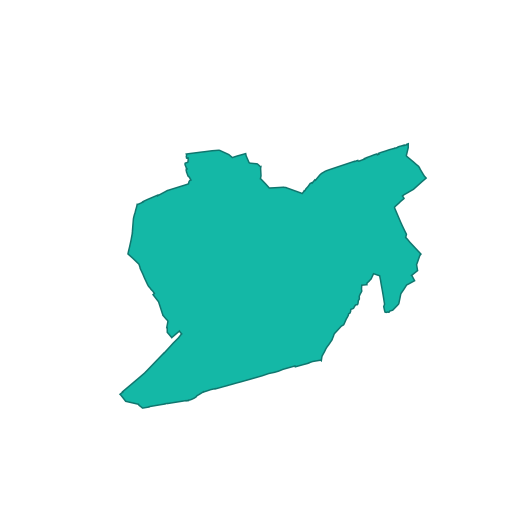 Glūdas pag., Jelgava, Latvia (Albers equal-area conic projection), rotated 148°
{"feature_id": "27541924B80569241121500", "entity_name": "Glūdas pag.", "entity_type": "district", "adm_level": 2, "iso_a3": "LVA", "parent_name": "Latvia", "parent_adm1": "Jelgava", "projection": "albers", "projection_center": [23.526, 56.61], "detail": "fine", "context": "isolated", "style": "filled", "palette": "teal", "viewbox_px": 512, "rotation_deg": 148, "n_neighbors": 0, "source": "geoboundaries", "source_scale": "gbopen_adm2", "svg_char_len": 5843}
<svg xmlns="http://www.w3.org/2000/svg" viewBox="0 0 512 512"><g transform="rotate(148 256 256)"><path d="M178.3,286.4L179.1,285.9L180.3,285.4L180.6,285.8L181.1,285.4L183.7,284.5L184.1,284.9L184.5,285.6L187.0,288.8L188.6,290.8L193.7,297.3L194.4,298.3L195.0,298.7L196.1,299.6L196.3,299.7L196.3,299.8L196.5,299.9L204.4,304.2L208.7,306.6L209.6,311.8L211.1,319.0L211.3,319.2L209.3,321.3L205.7,327.8L204.7,329.0L204.8,329.0L205.8,332.5L206.1,333.4L206.5,333.8L208.6,335.4L212.0,338.0L212.2,338.4L212.4,338.9L211.3,346.2L210.5,348.3L219.0,350.8L223.9,352.0L225.3,356.4L230.9,364.9L231.7,365.5L237.4,368.5L244.8,371.9L246.7,372.8L257.5,377.8L261.1,379.4L261.3,378.4L262.4,377.3L263.0,375.8L262.6,375.4L262.0,375.5L261.6,375.3L261.9,374.5L262.8,373.2L263.9,371.8L264.4,371.7L264.8,371.7L265.5,371.9L265.6,372.0L266.6,372.2L267.0,372.2L267.8,371.0L268.2,368.5L268.3,368.1L268.6,367.5L268.6,367.2L268.3,367.0L268.2,366.6L268.3,366.4L268.5,366.2L269.0,366.4L269.4,366.3L269.7,365.9L269.9,365.4L270.2,364.5L270.5,363.8L270.6,362.9L270.8,362.2L270.9,361.6L271.1,360.7L271.2,360.2L271.3,359.9L271.2,359.7L271.1,359.1L270.8,358.4L270.8,357.2L270.9,356.4L270.8,355.8L270.9,355.1L271.0,354.8L272.2,355.1L272.7,354.9L273.6,354.4L274.4,353.6L275.0,353.0L277.1,353.4L282.8,354.9L296.2,358.4L296.3,358.5L298.2,358.6L298.7,358.6L307.4,359.2L307.1,359.7L317.9,361.4L322.7,362.0L323.2,362.0L323.1,361.6L323.5,361.6L323.8,361.7L325.8,361.9L328.3,362.3L328.8,362.5L329.1,362.6L329.4,362.8L329.8,362.3L332.0,360.2L333.5,358.9L335.8,356.6L337.0,355.7L338.9,353.9L339.7,353.1L340.4,352.3L343.9,347.6L346.8,343.7L346.7,343.7L348.3,341.6L348.4,341.4L348.5,341.2L348.6,341.3L348.7,341.2L349.3,340.2L349.6,339.9L349.6,340.0L353.9,335.3L358.7,330.4L361.2,328.0L363.5,325.6L361.8,319.8L359.6,311.0L360.6,307.1L360.8,306.9L361.5,300.9L362.3,296.0L362.4,295.0L363.1,289.2L363.2,287.2L362.8,285.1L362.7,283.2L362.1,280.6L362.1,279.9L362.0,278.1L363.8,277.8L362.9,268.8L364.2,263.6L365.2,259.6L365.9,256.9L365.9,256.6L366.4,254.9L366.3,254.7L365.6,250.0L365.2,248.2L365.3,247.3L367.1,245.3L369.7,242.5L369.6,242.4L369.3,242.5L369.3,242.2L371.7,238.3L371.2,235.1L370.7,231.4L370.4,231.5L361.7,232.8L360.7,233.0L360.7,231.9L360.5,230.4L360.3,229.3L360.9,229.2L365.3,227.6L372.3,226.0L378.0,224.4L385.6,222.3L385.6,222.5L394.8,220.2L410.3,216.3L410.9,216.2L412.3,215.8L418.2,214.9L427.9,213.5L441.1,211.6L441.0,211.2L444.6,210.8L444.3,209.5L443.5,201.8L443.2,201.5L434.2,192.5L434.2,192.4L434.3,191.7L434.3,191.4L433.8,190.0L433.7,189.9L433.6,189.6L433.1,188.0L433.1,187.9L432.7,187.3L432.7,187.1L426.7,184.6L426.5,184.9L419.2,181.9L411.5,178.7L411.4,178.9L409.3,178.0L409.3,177.8L400.8,174.2L396.8,172.5L392.0,170.5L392.1,170.2L390.0,169.2L389.8,169.6L388.7,169.1L387.8,168.8L386.2,168.5L383.5,168.2L381.3,168.3L380.5,168.7L379.8,168.8L377.4,168.7L372.5,168.7L372.6,168.4L371.5,168.2L369.2,167.6L365.3,166.7L361.0,165.2L361.1,164.9L340.0,158.7L335.5,157.3L314.4,151.2L312.7,150.8L307.5,149.6L301.8,147.5L297.9,146.4L293.2,145.6L281.2,142.1L281.4,141.2L267.9,137.2L267.8,137.4L264.2,136.6L262.6,136.0L256.4,133.4L256.1,132.6L255.5,133.3L253.9,135.2L253.0,136.1L251.1,137.2L248.7,138.5L245.7,140.4L243.8,141.3L241.2,142.3L239.8,142.9L239.3,143.1L238.9,143.3L237.6,143.9L236.7,144.2L235.4,145.0L235.0,145.4L233.3,146.6L232.5,147.2L231.7,148.0L231.0,148.4L230.2,148.7L229.4,149.0L228.8,149.1L221.2,151.2L220.8,151.3L218.5,151.2L218.2,151.2L217.6,151.5L217.0,151.9L216.4,152.3L212.1,155.2L211.6,155.3L210.6,155.9L209.1,156.8L208.4,157.7L208.0,157.9L206.8,157.8L206.4,157.9L204.9,159.1L204.4,160.0L204.0,160.4L203.6,160.5L202.6,160.2L201.3,160.0L200.5,160.2L199.8,160.7L198.3,161.4L197.6,161.7L197.0,161.6L195.9,161.0L195.3,161.2L194.4,162.0L192.9,163.9L191.2,164.7L190.4,166.0L190.0,166.8L189.6,167.3L189.1,167.6L188.0,168.4L185.3,169.9L184.9,170.2L184.7,170.6L184.4,171.3L183.9,172.3L181.8,175.2L177.3,173.0L177.2,172.9L176.2,174.2L175.8,174.3L173.5,174.7L173.5,174.8L170.6,175.5L165.7,178.7L161.6,173.7L163.2,169.5L164.4,166.7L165.6,163.7L166.7,160.9L169.2,154.8L172.5,147.0L174.5,145.4L175.9,141.5L176.3,140.0L175.4,139.1L174.2,138.8L173.5,138.2L173.1,137.9L172.7,137.9L172.5,138.0L171.9,138.4L171.7,138.4L171.2,138.3L168.8,137.6L162.3,139.2L160.6,139.7L160.4,139.8L160.1,140.0L159.1,141.0L157.4,142.8L157.2,143.0L153.6,146.8L153.2,147.2L152.6,147.5L151.2,148.1L148.0,149.5L143.6,151.6L141.3,151.4L134.6,151.0L134.2,156.9L134.3,157.1L126.7,158.0L126.6,158.3L125.1,161.9L124.4,163.6L122.8,164.8L116.6,169.8L116.5,169.7L115.1,170.2L118.1,185.5L118.2,185.8L118.6,189.1L118.7,189.9L119.1,192.0L119.3,192.3L117.0,194.6L116.9,194.7L116.6,198.0L115.8,205.2L115.7,205.7L115.4,208.1L113.0,223.3L112.8,223.7L112.6,223.9L112.3,224.1L111.0,224.4L108.1,224.9L107.5,225.0L106.3,225.2L105.9,225.3L105.4,225.5L105.2,225.5L103.5,225.8L102.0,226.0L100.0,226.3L99.9,227.0L100.0,229.3L98.4,229.5L97.7,229.5L93.4,229.3L92.2,229.3L87.1,229.1L76.9,230.9L76.5,231.0L70.4,231.9L70.4,232.2L70.5,232.4L70.6,233.1L70.7,233.5L70.9,234.6L70.9,235.2L70.9,236.2L70.9,236.9L70.8,242.5L70.6,244.0L70.6,245.7L70.6,245.9L71.7,249.1L72.7,252.6L72.9,253.2L73.6,255.2L73.6,255.3L75.4,260.7L75.4,261.1L75.2,261.6L69.4,267.3L68.9,268.2L68.2,269.3L67.4,270.5L68.8,270.8L68.9,270.4L70.3,270.8L71.9,271.2L71.7,271.6L74.9,272.4L75.6,272.7L77.8,273.3L78.2,273.0L81.3,273.8L81.3,274.0L81.7,274.0L86.7,275.5L90.6,276.4L95.2,277.6L97.6,278.1L97.8,277.2L99.5,277.5L99.4,278.5L102.0,279.2L105.9,279.9L110.0,280.8L110.0,280.6L112.4,281.2L112.5,280.6L113.5,280.9L118.6,281.9L119.1,282.6L119.0,283.1L119.7,283.3L122.2,283.8L122.2,284.1L128.8,285.7L141.7,288.8L148.4,290.4L151.2,291.0L152.7,291.2L154.8,291.2L155.0,291.2L155.9,291.3L157.3,291.2L158.9,290.9L160.4,290.4L165.5,288.7L165.7,289.4L169.8,288.1L169.9,288.6L171.1,288.7L171.6,288.8L175.1,287.3L177.7,286.6L178.3,286.4Z" fill="#14b8a6" stroke="#0f766e" stroke-width="1.5"/></g></svg>